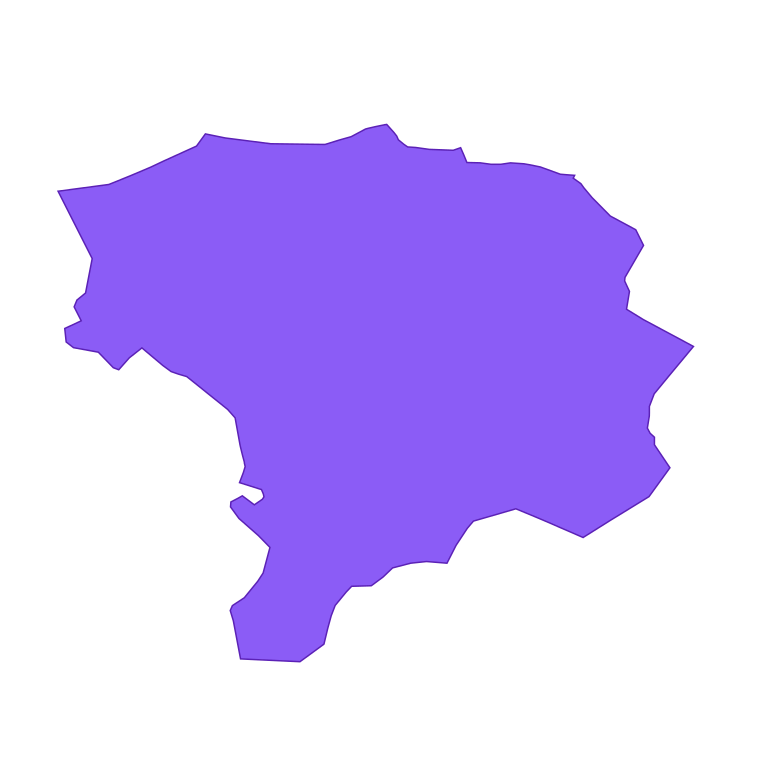 outline of Damaturu, Yobe, Nigeria, rotated 264°
{"feature_id": "59680162B76704120420691", "entity_name": "Damaturu", "entity_type": "district", "adm_level": 2, "iso_a3": "NGA", "parent_name": "Nigeria", "parent_adm1": "Yobe", "projection": "robinson", "projection_center": [12.053, 11.854], "detail": "fine", "context": "isolated", "style": "filled", "palette": "violet", "viewbox_px": 768, "rotation_deg": 264, "n_neighbors": 0, "source": "geoboundaries", "source_scale": "gbopen_adm2", "svg_char_len": 1939}
<svg xmlns="http://www.w3.org/2000/svg" viewBox="0 0 768 768"><g transform="rotate(264 384 384)"><path d="M244.3,635.8L270.8,659.6L295.3,646.6L302.8,647.4L307.2,643.5L312.6,641.3L324.4,644.5L327.5,644.9L334.0,645.6L346.0,651.7L362.2,668.2L389.0,695.7L421.0,648.6L433.0,633.0L450.4,637.8L461.3,634.1L464.8,634.8L494.7,656.6L511.1,650.5L527.4,626.6L547.4,610.6L547.8,610.3L558.2,603.3L562.6,600.8L568.9,593.7L571.6,595.4L572.7,589.2L574.2,581.3L583.5,562.2L585.5,555.9L585.6,555.7L586.8,551.8L588.4,546.1L590.7,532.9L590.3,523.2L591.3,513.5L593.9,502.8L595.6,489.6L603.5,487.3L611.0,484.9L609.2,477.3L612.6,453.6L615.9,440.3L617.3,432.3L620.4,428.7L625.4,423.8L629.2,422.6L632.9,420.3L641.8,413.9L641.9,413.5L641.8,413.4L641.8,413.1L641.8,412.9L641.8,412.7L641.8,412.3L641.8,412.1L641.8,411.9L641.8,411.7L641.7,411.3L641.3,406.9L640.9,403.0L640.9,402.8L639.9,394.6L639.8,394.1L639.7,393.4L639.5,392.2L633.4,377.2L631.3,365.0L628.4,350.4L629.9,337.6L634.8,296.3L645.3,251.8L651.4,232.5L640.2,222.4L629.0,188.8L624.1,174.8L617.7,153.8L611.2,131.2L609.8,80.0L539.2,106.9L505.7,96.7L499.6,87.4L493.1,83.9L478.5,89.5L472.6,72.3L459.0,72.3L452.6,79.0L445.5,103.2L428.5,116.5L425.9,121.7L436.7,133.5L445.2,147.0L425.5,166.0L418.6,173.6L415.4,180.4L412.0,188.6L375.1,225.8L365.9,232.4L338.9,234.4L336.1,234.7L327.4,235.9L321.1,236.9L319.6,236.9L316.4,237.3L310.5,234.8L301.0,230.0L291.8,251.1L287.2,252.5L284.3,252.8L282.1,251.0L277.4,242.4L287.6,231.4L285.6,226.8L282.7,219.4L277.8,218.5L265.4,225.7L246.3,243.3L233.4,253.5L208.6,244.0L201.0,237.8L186.0,222.7L179.5,210.1L174.8,207.4L164.3,209.4L125.6,212.6L116.6,271.4L131.6,297.1L147.1,302.6L159.1,307.3L168.9,312.3L181.1,324.7L186.2,330.7L184.7,350.3L192.2,363.0L200.2,373.3L203.0,391.8L203.0,407.7L199.2,427.9L216.0,438.8L231.8,451.8L238.3,458.6L246.1,502.1L234.4,523.6L231.9,528.1L210.5,566.0L210.8,566.5L224.5,594.4L244.3,635.8Z" fill="#8b5cf6" stroke="#5b21b6" stroke-width="1.5"/></g></svg>